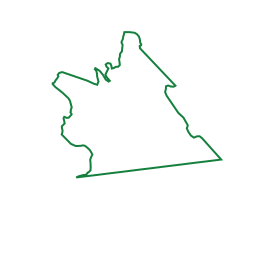 outline of Arusha, rotated 136°
{"feature_id": "TZA-3391", "entity_name": "Arusha", "entity_type": "Region", "adm_level": 1, "iso_a3": "TZA", "parent_name": "United Republic of Tanzania", "parent_adm1": "", "projection": "equal_earth", "projection_center": [35.974, -2.918], "detail": "fine", "context": "isolated", "style": "outline", "palette": "green", "viewbox_px": 256, "rotation_deg": 136, "n_neighbors": 0, "source": "natural_earth", "source_scale": "10m", "svg_char_len": 1745}
<svg xmlns="http://www.w3.org/2000/svg" viewBox="0 0 256 256"><g transform="rotate(136 128 128)"><path d="M82.9,40.6L92.0,47.4L103.5,56.1L115.0,64.7L126.5,73.4L138.0,82.0L149.5,90.7L161.0,99.3L172.5,108.0L184.0,116.6L195.5,125.3L199.6,128.4L197.2,127.6L192.8,125.2L191.1,123.8L189.1,123.5L188.1,124.0L187.2,123.5L184.4,123.6L182.0,125.8L178.8,129.4L177.4,131.3L175.6,132.3L172.0,133.7L170.8,138.5L170.9,141.9L171.4,145.3L172.7,147.0L174.4,148.0L178.1,151.3L180.1,156.3L180.2,169.4L178.4,170.3L176.7,171.8L175.7,173.7L174.4,175.2L170.4,175.3L169.0,177.4L167.7,179.7L166.1,180.3L165.0,177.8L164.1,177.0L163.1,176.6L159.2,176.9L158.8,177.4L158.8,178.2L158.4,179.4L157.4,179.8L156.2,181.1L155.2,181.4L154.2,181.9L151.0,187.6L150.2,190.5L150.6,198.8L151.8,207.9L151.7,212.0L151.0,212.5L150.1,212.0L148.6,212.0L147.1,212.6L144.6,212.9L142.2,213.5L141.7,215.0L139.2,215.4L136.5,213.9L124.4,190.3L121.9,183.8L120.1,180.5L117.0,181.9L114.4,186.5L112.5,188.7L111.1,191.2L111.0,193.3L109.9,193.7L108.7,188.8L109.1,183.5L110.4,178.3L109.7,174.9L108.3,174.6L108.0,179.7L107.0,182.2L100.7,184.5L100.8,187.3L99.9,189.2L97.5,188.8L95.9,186.5L96.9,184.1L98.3,182.0L96.6,181.0L94.4,180.5L92.4,178.9L90.1,179.0L86.5,183.8L84.4,184.9L82.6,186.6L81.0,187.2L79.4,187.2L74.3,191.4L73.8,192.3L73.6,193.4L72.9,194.4L69.7,195.7L67.9,197.1L65.9,198.2L64.0,199.5L60.3,195.9L57.0,191.8L56.4,189.0L56.6,186.1L58.0,183.4L59.8,181.1L60.2,180.1L60.3,179.0L61.3,178.4L62.6,178.9L64.0,177.0L64.5,125.5L66.3,125.9L68.4,128.1L69.6,130.7L71.7,131.6L72.6,130.8L73.4,129.9L76.3,128.1L77.8,124.4L81.3,103.9L80.9,96.9L83.1,88.5L84.4,87.6L85.9,87.0L87.3,83.1L88.0,78.9L87.3,75.3L84.2,74.1L82.2,72.3L81.8,69.1L82.9,40.6L82.9,40.6Z" fill="none" stroke="#15803d" stroke-width="2"/></g></svg>